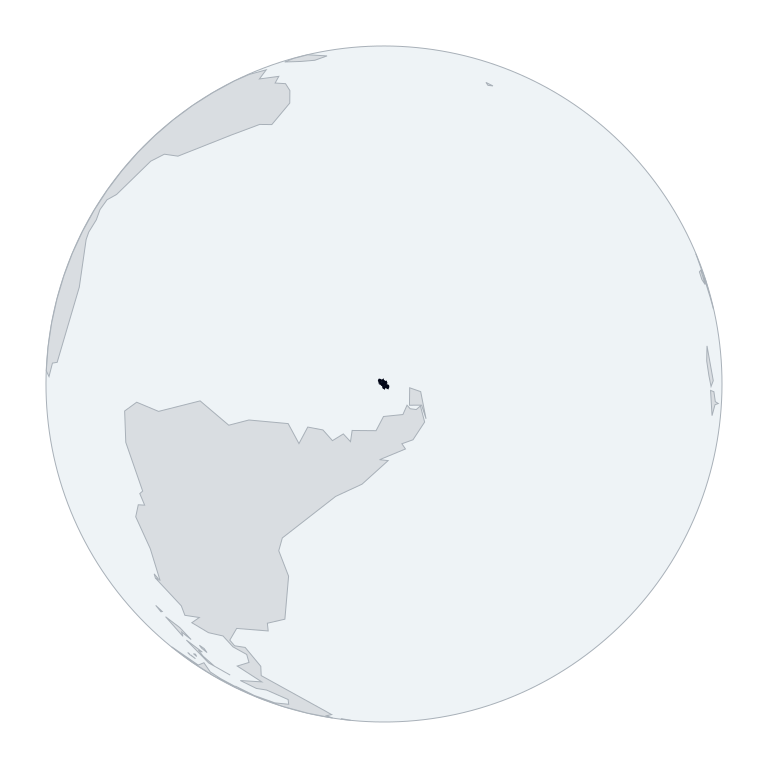 Falkland Islands highlighted on a globe, orthographic projection, rotated 232°
{"feature_id": "FLK", "entity_name": "Falkland Islands", "entity_type": "country or territory", "adm_level": 0, "iso_a3": "FLK", "parent_name": "South America", "parent_adm1": "", "projection": "orthographic", "projection_center": [-59.536, -51.789], "detail": "fine", "context": "on_globe", "style": "filled", "palette": "ink", "viewbox_px": 768, "rotation_deg": 232, "n_neighbors": 0, "source": "natural_earth", "source_scale": "50m", "svg_char_len": 4603}
<svg xmlns="http://www.w3.org/2000/svg" viewBox="0 0 768 768"><g transform="rotate(232 384 384)"><circle cx="384" cy="384" r="338" fill="#eef3f6" stroke="#a8b0b8"/><path d="M146.2,143.9L146.4,144.5L140.0,150.2L139.5,150.8L146.2,143.9ZM307.7,54.8L307.3,55.0L276.9,64.6L275.2,70.5L264.1,69.8L252.3,73.9L237.7,80.3L237.0,81.1L218.6,89.9L199.9,101.7L190.3,111.7L194.4,114.2L215.2,103.0L222.7,96.0L238.8,88.2L224.5,104.3L252.1,94.7L247.7,106.2L255.4,109.3L269.8,103.2L284.6,102.0L296.1,92.6L314.2,85.6L313.7,94.7L324.3,84.7L334.0,87.7L370.4,84.5L367.4,86.7L398.0,98.4L432.2,106.6L440.1,116.0L435.9,120.8L448.0,124.1L448.2,127.9L497.0,144.6L522.4,163.0L521.9,177.9L501.2,189.5L483.9,228.7L447.1,236.3L438.8,255.4L411.8,284.1L389.4,280.3L397.0,297.4L385.4,307.6L371.1,308.5L369.7,321.2L359.2,322.1L367.0,330.3L352.1,349.0L358.7,363.6L348.3,380.1L353.1,389.1L348.4,389.4L344.0,393.7L344.3,399.2L329.0,392.6L322.2,372.5L325.9,361.3L319.6,360.9L327.1,333.9L321.1,340.1L318.6,305.0L325.2,276.7L325.3,209.1L317.4,198.4L291.3,190.5L259.7,161.1L267.3,144.8L260.7,140.7L282.1,117.4L277.1,104.8L269.7,105.1L261.9,112.4L237.4,113.1L229.8,107.7L161.3,136.9L155.7,139.2L158.0,134.5L152.4,137.9L171.6,121.2L192.0,105.9L213.4,92.3L235.9,80.3L259.1,70.0L283.1,61.5L307.7,54.8ZM272.2,74.1L303.9,70.6L284.6,75.8L288.5,73.8L280.8,73.9L265.9,76.7L249.3,83.6L272.2,74.1ZM289.2,65.0L283.6,66.3L289.3,64.7L289.2,65.0ZM355.4,408.2L330.7,395.7L344.2,400.6L351.6,391.0L365.2,401.9L355.4,408.2ZM377.9,384.4L387.7,380.0L390.5,382.7L384.5,386.4L377.9,384.4ZM714.9,452.7L710.9,468.4L704.1,484.6L701.1,473.6L691.2,490.5L688.2,483.5L681.3,491.3L673.2,490.5L663.4,482.7L657.5,455.3L665.1,445.8L674.2,417.0L690.4,361.9L700.3,352.4L703.2,337.4L698.0,290.0L699.7,279.2L696.3,267.6L690.5,258.4L685.5,244.9L681.2,238.2L647.9,203.5L632.6,182.1L602.3,139.8L604.6,135.6L596.1,124.6L602.3,126.0L620.2,142.3L636.8,159.8L652.2,178.5L666.2,198.2L678.8,218.8L689.8,240.3L699.3,262.5L707.2,285.4L713.4,308.8L718.0,332.5L720.8,356.5L721.9,380.7L721.3,404.8L718.9,428.9L714.9,452.7ZM371.6,84.3L375.9,86.0L370.0,86.2L371.6,84.3ZM281.3,79.2L288.3,77.6L291.8,77.7L286.3,79.4L281.3,79.2ZM341.8,68.0L350.1,67.8L341.2,69.2L341.8,68.0ZM309.0,70.2L335.1,68.6L317.8,73.1L301.4,74.7L313.1,71.8L309.0,70.2ZM284.6,68.6L288.8,67.8L287.1,69.1L284.6,68.6ZM293.3,64.0L291.6,64.5L289.7,64.4L293.3,64.0ZM558.9,650.0L551.8,653.4L555.3,649.8L558.9,650.0ZM690.8,525.6L690.4,526.6L677.6,541.1L681.7,528.8L689.4,517.0L698.9,504.0L696.3,512.8L696.7,512.1L690.8,525.6ZM183.9,645.5L180.7,640.2L190.4,645.1L203.5,652.5L215.2,662.0L183.9,645.5ZM278.2,701.6L278.7,703.8L264.7,698.3L270.5,698.8L278.2,701.6ZM174.8,639.2L166.1,634.2L162.8,635.4L163.9,632.1L157.1,623.0L177.9,637.4L174.8,639.2ZM240.1,689.7L251.7,694.5L269.5,701.2L273.1,702.9L280.5,705.2L292.2,709.1L294.8,709.9L267.0,701.0L240.1,689.7Z" fill="#d9dde1" stroke="#a8b0b8" stroke-width="1"/><path d="M386.5,381.0L387.1,381.3L387.8,381.2L388.1,381.3L388.3,381.6L388.2,381.8L387.9,381.8L387.7,381.9L387.8,382.2L387.9,382.4L388.6,382.8L388.8,382.8L388.7,382.6L388.6,382.4L388.6,382.1L388.7,381.8L388.9,381.8L389.7,381.7L389.9,381.8L390.3,382.5L389.9,382.6L389.8,382.8L390.1,383.0L390.4,383.2L390.2,383.5L389.6,383.8L389.1,383.9L388.8,384.2L388.4,384.5L387.1,384.9L387.2,385.2L387.3,385.4L387.2,385.8L385.5,385.3L385.2,385.4L385.7,386.3L385.3,386.4L385.0,386.3L384.7,386.4L384.5,387.1L384.0,386.6L383.6,386.0L383.6,385.7L384.0,385.1L383.9,384.8L384.8,384.0L385.0,383.7L385.3,383.6L385.6,383.5L385.7,383.4L385.7,383.2L385.6,382.8L385.6,382.2L386.4,381.5L386.3,381.0L386.5,381.0ZM381.2,382.1L381.8,382.2L382.3,381.8L382.6,381.6L382.9,381.7L383.1,382.0L383.4,381.9L384.2,381.7L384.3,381.8L384.5,381.5L384.8,381.6L385.0,381.9L384.9,382.2L384.7,382.4L384.5,382.6L384.4,382.8L384.1,383.0L383.9,383.4L383.3,384.1L382.6,385.1L382.4,385.2L381.8,385.2L381.6,385.2L381.4,385.2L381.3,385.7L381.0,386.1L380.9,386.2L380.7,386.2L380.6,386.3L379.8,386.4L379.4,386.2L378.8,385.6L379.5,385.0L380.2,385.0L380.7,384.5L381.1,384.3L381.3,384.1L381.4,383.9L381.4,383.7L381.1,383.6L380.9,383.7L380.5,383.8L380.2,383.6L380.4,383.5L380.6,383.5L381.3,383.2L381.2,382.8L380.8,382.6L380.4,382.2L380.4,381.9L380.2,381.5L380.4,381.5L380.7,381.7L381.2,382.1ZM378.6,384.0L378.9,384.1L379.1,384.1L379.0,384.7L378.9,385.0L378.6,385.0L378.2,384.6L378.1,384.4L378.5,384.2L378.6,384.0ZM381.9,381.7L381.4,381.7L381.3,381.0L381.7,381.0L382.0,381.2L382.0,381.4L381.9,381.7ZM383.5,386.6L383.2,386.7L383.1,386.2L383.5,386.3L383.5,386.6ZM388.0,385.3L388.0,385.9L387.7,385.7L387.6,385.4L387.8,385.3L388.0,385.3Z" fill="#0f172a" stroke="#020617" stroke-width="1.5"/></g></svg>